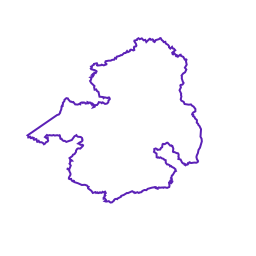 outline of Trairão, Pará, Brazil, rotated 145°
{"feature_id": "56859067B61979545771107", "entity_name": "Trairão", "entity_type": "district", "adm_level": 2, "iso_a3": "BRA", "parent_name": "Brazil", "parent_adm1": "Pará", "projection": "mercator", "projection_center": [-55.947, -5.107], "detail": "fine", "context": "isolated", "style": "outline", "palette": "violet", "viewbox_px": 256, "rotation_deg": 145, "n_neighbors": 0, "source": "geoboundaries", "source_scale": "gbopen_adm2", "svg_char_len": 5855}
<svg xmlns="http://www.w3.org/2000/svg" viewBox="0 0 256 256"><g transform="rotate(145 128 128)"><path d="M189.0,81.4L188.2,80.3L185.7,79.1L185.1,77.0L183.8,76.3L181.0,76.6L180.5,77.1L179.6,77.2L178.4,76.8L177.6,75.9L176.9,76.2L173.2,75.7L172.5,76.3L169.9,75.6L166.1,75.4L165.4,74.7L161.1,73.9L160.6,73.6L160.2,71.8L159.5,71.6L159.5,70.7L157.1,70.0L156.4,68.6L155.0,68.4L154.4,67.9L152.8,67.9L152.4,68.2L150.1,67.8L148.5,66.5L146.9,66.9L142.6,65.4L140.3,64.3L140.0,63.6L139.6,64.0L139.1,63.6L139.2,62.2L138.5,61.2L137.8,61.8L136.7,61.6L136.5,61.0L134.0,59.6L133.2,58.7L132.7,58.8L131.5,57.9L130.3,56.5L128.1,56.0L127.1,56.9L125.7,59.8L124.9,59.9L124.5,59.5L124.8,58.4L124.4,58.0L122.4,58.6L122.2,58.9L123.0,60.7L121.6,60.7L121.3,61.1L121.5,62.4L120.4,62.8L119.4,63.9L118.2,63.9L114.7,65.5L113.4,65.3L113.3,66.5L112.8,66.9L113.3,69.1L114.3,70.8L114.5,72.1L115.5,72.5L115.2,73.5L115.9,74.9L116.9,75.8L117.0,77.9L115.6,80.0L116.5,81.2L116.6,82.4L117.6,83.6L118.2,85.3L119.5,85.6L119.9,86.5L120.6,86.6L121.3,87.6L119.3,90.7L120.4,93.6L119.4,94.3L118.6,95.7L117.1,95.4L116.4,94.3L116.4,93.2L113.9,91.9L112.6,92.7L111.0,92.7L109.1,94.8L108.4,94.9L107.2,93.7L104.6,93.6L104.0,93.2L103.5,89.3L102.5,88.9L102.5,88.0L102.0,87.8L102.7,85.1L104.7,82.9L104.7,82.3L103.8,81.7L102.4,79.3L101.7,78.9L101.5,78.3L101.9,76.9L103.2,75.6L103.2,74.9L104.5,73.7L103.0,72.0L103.5,68.8L103.3,67.6L102.5,66.8L102.8,65.7L102.3,64.6L101.5,65.1L101.0,64.2L100.1,63.9L99.1,64.7L98.8,64.2L97.5,64.7L97.1,64.6L96.7,63.4L96.2,63.0L93.6,61.7L92.0,60.4L90.6,60.1L89.6,60.7L89.4,63.0L88.6,65.0L87.2,66.2L85.2,67.3L82.8,69.6L80.3,70.6L75.2,74.7L73.9,77.0L73.6,79.3L68.9,85.1L68.3,88.7L68.6,90.3L68.2,91.1L68.6,93.0L67.4,94.3L67.0,95.3L67.6,97.3L67.2,98.7L67.9,100.3L67.0,101.0L67.0,101.5L67.7,102.3L66.8,103.0L65.6,103.3L63.3,103.0L61.9,104.9L62.0,107.9L62.8,109.8L62.9,111.2L64.8,112.2L67.9,115.2L67.4,117.5L68.6,119.8L68.4,121.2L66.1,123.3L65.7,124.7L64.8,125.5L64.1,129.4L61.4,130.9L60.7,132.9L60.1,133.1L58.5,132.3L56.9,132.8L56.5,133.3L56.6,134.3L55.5,137.8L54.3,139.3L54.1,140.2L51.7,141.0L49.3,140.9L46.7,142.4L46.8,144.8L43.6,146.2L42.3,149.3L40.9,150.5L41.1,151.0L42.3,151.5L41.9,154.5L43.2,156.7L42.8,157.8L43.3,158.1L46.1,157.8L45.9,159.1L46.4,159.5L46.8,159.1L47.3,159.1L47.4,159.6L46.7,160.4L47.1,161.0L47.2,162.8L48.8,162.4L49.1,162.8L48.6,164.3L44.7,164.6L44.9,166.6L45.7,167.6L45.4,169.2L47.8,168.8L48.1,170.6L47.5,171.4L47.5,173.0L48.6,175.6L48.0,177.2L49.5,177.9L49.4,179.2L49.9,180.7L49.7,182.9L50.1,183.2L51.7,183.0L54.8,184.1L56.9,183.2L57.5,184.4L56.8,185.3L57.0,186.5L58.5,187.0L59.2,187.9L58.8,188.4L59.1,188.7L63.7,187.9L63.3,190.3L64.9,190.9L65.3,193.5L67.5,194.0L67.9,195.5L69.4,195.6L70.1,195.0L72.6,195.9L73.1,195.4L73.2,192.3L73.9,190.6L74.7,190.3L76.3,191.0L77.1,190.4L78.1,188.3L79.0,188.4L80.6,190.5L81.3,190.7L82.5,189.9L84.5,190.2L84.6,191.6L86.9,190.8L88.2,191.6L91.2,191.2L92.4,191.9L93.3,191.8L96.3,192.9L97.9,191.7L98.5,192.8L100.1,191.9L101.9,192.9L103.5,193.1L105.3,194.3L108.0,195.5L109.1,194.7L109.2,193.8L108.9,192.8L109.2,192.5L111.9,193.2L113.3,195.0L114.0,194.9L117.1,196.6L117.4,197.1L116.6,197.7L116.4,198.9L119.1,200.0L119.6,199.4L121.3,199.6L122.3,199.1L123.0,199.4L123.1,198.2L124.4,198.0L124.4,197.2L122.1,194.5L121.2,192.7L121.3,192.3L123.0,191.5L123.9,192.6L124.6,192.0L125.5,192.4L127.1,192.1L126.1,190.9L127.4,190.3L129.6,190.9L129.2,190.0L130.9,188.6L132.1,188.3L132.3,186.0L131.4,181.6L132.3,181.0L133.4,178.5L131.9,177.8L132.2,176.2L131.5,174.4L133.4,170.0L130.7,167.7L130.9,166.5L129.5,166.5L127.5,164.2L126.7,164.3L126.0,163.9L126.0,162.8L126.5,162.0L128.2,161.7L129.5,160.3L131.3,160.1L133.0,160.9L134.0,163.5L135.2,163.4L135.4,164.3L137.1,165.9L138.2,165.2L140.2,164.6L141.7,165.5L143.1,164.5L144.5,164.9L144.0,165.1L143.3,166.7L142.8,167.1L143.1,168.3L144.0,168.0L143.8,168.7L144.3,169.1L144.0,170.0L144.6,170.8L145.8,170.9L145.7,171.3L146.4,172.5L147.3,171.6L148.8,172.4L148.8,173.3L149.5,174.3L150.6,174.4L150.9,175.3L152.5,175.8L153.5,174.8L154.2,175.7L155.7,176.0L157.7,177.6L157.9,180.7L158.9,181.1L159.2,182.0L160.1,182.6L160.5,185.6L160.3,186.7L161.4,187.8L163.9,187.5L164.6,186.6L167.0,185.9L167.4,185.0L169.1,184.2L168.7,183.9L168.8,183.5L170.4,183.3L172.0,181.5L174.6,179.9L174.8,179.4L176.9,178.7L178.6,179.3L214.5,179.6L214.2,178.6L215.1,177.5L214.5,177.1L213.2,176.9L213.4,175.4L212.7,175.0L211.9,175.2L210.9,173.9L211.7,173.2L211.8,172.4L211.1,171.9L209.6,171.7L209.4,171.3L210.3,168.8L209.9,168.5L208.5,168.7L208.6,167.0L206.9,165.8L206.2,164.3L206.2,162.9L205.1,162.8L203.1,163.4L201.8,163.0L200.7,163.4L200.1,165.2L199.4,165.7L199.4,166.2L200.5,166.3L201.2,168.2L198.4,168.8L197.8,167.6L196.6,167.3L194.6,165.5L193.0,164.9L192.3,163.8L190.1,162.7L189.1,161.5L188.2,161.3L188.3,160.5L189.5,158.1L189.4,157.7L188.6,157.3L188.7,155.6L188.2,154.4L187.2,153.8L186.5,152.0L180.9,150.4L176.6,151.9L174.4,151.7L174.6,151.0L174.0,149.5L171.9,147.8L171.4,146.3L171.5,145.7L172.2,144.8L172.1,144.3L172.7,143.7L173.9,143.5L176.1,143.9L177.7,143.8L176.7,142.4L176.7,141.6L174.9,140.3L174.7,139.6L175.2,139.2L178.9,138.5L180.5,139.9L181.7,140.0L183.5,139.3L184.4,138.2L186.9,137.3L188.4,137.7L189.8,136.9L193.2,136.9L193.4,135.2L192.7,134.1L192.6,133.3L194.2,134.2L195.5,132.6L196.4,132.3L196.4,130.1L199.1,128.3L200.3,128.6L200.8,129.3L201.1,129.1L200.3,127.1L200.8,126.3L201.2,123.8L201.9,122.7L204.8,121.3L205.5,120.4L205.2,119.7L203.8,118.9L204.2,117.6L204.0,116.3L202.9,116.1L202.6,115.7L203.1,114.6L200.7,111.5L198.5,107.8L195.9,106.2L194.6,104.4L194.5,103.0L194.1,102.4L195.1,102.0L195.3,101.4L194.0,97.5L194.1,95.0L191.5,94.2L191.4,93.1L190.2,93.0L189.8,92.7L189.9,91.9L189.2,91.4L187.8,91.4L187.5,90.6L186.9,90.1L185.5,90.3L185.3,89.5L183.3,89.0L183.5,87.5L184.3,87.5L185.7,86.3L185.4,85.7L188.1,84.8L188.5,84.1L187.4,83.9L187.3,81.7L187.5,81.4L189.0,81.4Z" fill="none" stroke="#5b21b6" stroke-width="2"/></g></svg>